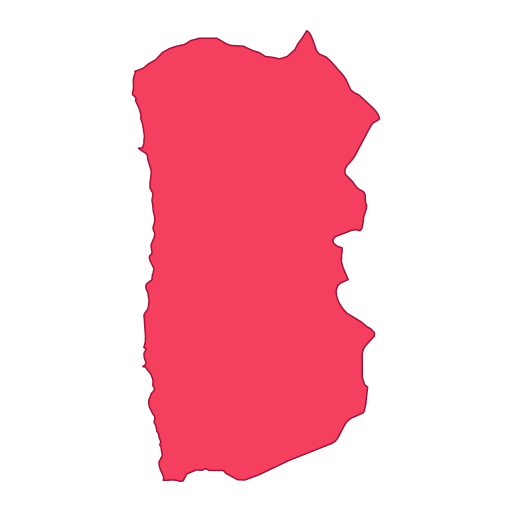 Tarapacá, Equal Earth projection
{"feature_id": "CHL-2693", "entity_name": "Tarapacá", "entity_type": "Region", "adm_level": 1, "iso_a3": "CHL", "parent_name": "Chile", "parent_adm1": "", "projection": "equal_earth", "projection_center": [-69.568, -20.2], "detail": "fine", "context": "isolated", "style": "filled", "palette": "rose", "viewbox_px": 512, "rotation_deg": 0, "n_neighbors": 0, "source": "natural_earth", "source_scale": "10m", "svg_char_len": 3367}
<svg xmlns="http://www.w3.org/2000/svg" viewBox="0 0 512 512"><path d="M306.9,30.7L309.0,32.5L310.6,34.9L313.1,40.6L316.3,50.1L317.8,52.6L319.6,54.2L326.0,57.0L330.3,60.8L342.9,75.0L345.9,79.3L350.6,89.7L354.3,92.8L359.1,95.1L373.4,108.4L376.2,111.7L378.5,115.3L379.5,118.7L378.4,119.9L373.0,123.0L371.1,125.4L368.2,130.7L362.1,142.2L354.8,156.1L352.5,159.4L346.9,165.7L345.1,169.3L344.8,172.6L345.8,174.9L352.2,181.2L356.4,187.0L358.7,189.1L362.8,191.3L364.1,192.5L365.1,194.9L365.3,196.2L365.4,201.5L366.0,204.0L366.5,205.1L366.7,206.2L366.3,208.8L363.6,217.2L363.4,220.7L362.3,226.8L361.6,228.7L360.4,230.5L359.2,230.7L357.8,230.2L355.9,229.7L351.8,230.3L335.3,236.6L333.0,239.7L333.4,243.1L337.5,246.4L341.9,247.7L342.3,249.5L341.6,254.6L341.4,261.6L343.0,267.6L348.2,279.6L340.6,283.0L337.6,286.0L336.1,290.7L336.6,296.2L338.5,301.7L341.3,306.6L344.3,310.5L347.2,313.4L360.9,321.7L367.1,326.8L370.6,328.7L374.5,332.8L374.4,336.0L365.2,346.1L363.2,349.8L362.2,353.9L362.3,377.2L364.5,384.6L367.6,387.1L365.7,404.6L364.1,411.5L363.4,412.5L362.5,413.2L351.3,418.1L349.0,419.8L346.4,422.3L344.7,424.8L337.9,437.9L335.2,441.2L332.4,443.2L288.8,460.5L258.9,474.8L244.9,480.0L237.5,479.7L225.8,473.3L224.4,471.5L223.2,470.5L208.8,470.4L207.2,469.3L205.9,468.9L204.8,469.1L203.1,469.8L202.0,470.2L200.9,470.3L196.5,469.8L186.8,474.0L183.1,480.9L181.5,481.3L179.9,481.3L177.2,480.5L173.2,479.9L163.8,480.4L163.4,480.3L163.7,477.7L162.7,474.4L160.5,470.1L159.2,465.5L159.0,461.9L159.9,460.4L160.6,458.7L161.8,456.6L162.4,454.8L161.4,450.6L161.2,447.3L160.0,445.7L159.9,444.1L160.4,443.1L160.8,441.8L160.4,440.5L159.6,438.8L158.8,436.4L158.8,434.1L156.8,431.2L156.6,429.2L155.7,425.1L155.1,424.2L154.5,423.4L154.1,422.3L154.1,421.3L154.5,420.3L154.8,419.7L155.1,419.8L154.5,416.0L152.8,413.8L149.5,407.3L148.6,402.7L149.0,399.5L149.8,397.8L151.4,393.4L154.1,390.5L154.5,388.4L152.6,384.9L153.2,382.2L152.6,378.7L151.7,376.3L150.9,374.3L149.0,371.7L146.9,369.3L145.5,367.0L143.1,366.7L142.9,366.3L145.1,365.0L146.0,362.7L144.2,357.5L144.0,353.3L145.8,349.8L145.8,348.6L145.1,348.3L144.8,348.1L144.5,347.7L143.9,347.4L145.3,342.1L145.5,336.3L144.2,317.9L143.9,315.4L144.8,313.2L147.8,308.9L148.5,306.1L149.1,301.0L148.4,296.3L148.0,293.0L146.1,288.7L145.7,286.4L146.4,284.2L149.4,281.5L151.9,279.9L152.4,274.7L153.1,273.4L153.9,268.5L149.9,260.2L149.3,258.0L149.6,255.9L150.4,255.1L151.3,254.5L152.0,252.6L151.9,251.4L151.2,247.2L151.1,245.3L151.9,242.7L154.3,237.0L154.8,233.5L154.5,232.4L153.3,229.8L153.0,228.0L153.3,226.2L154.5,222.3L154.8,220.5L154.6,216.6L153.3,211.4L152.8,205.4L152.0,200.7L152.1,198.8L152.9,195.4L152.9,193.4L150.0,187.9L150.0,182.9L151.3,173.2L151.0,170.0L147.8,159.4L147.4,155.8L146.6,153.8L143.2,151.6L139.3,149.1L138.7,148.2L142.5,147.9L143.3,145.0L144.1,143.0L143.9,140.0L144.5,136.7L143.4,128.7L142.5,123.5L140.9,119.2L140.9,114.5L138.9,107.7L135.5,100.7L135.8,99.6L136.2,98.7L135.0,96.9L133.3,95.2L132.6,94.7L132.5,93.0L133.3,89.7L133.5,87.9L133.3,80.7L133.7,77.2L135.4,72.6L134.9,71.3L135.0,71.2L142.8,68.5L148.7,63.7L155.8,59.7L162.3,52.6L169.4,48.6L176.5,46.2L184.2,44.6L190.7,40.6L199.6,38.2L209.7,38.2L216.8,38.2L220.9,40.6L226.3,43.8L230.4,45.4L243.4,46.2L251.7,50.2L259.4,52.6L265.3,56.5L272.4,57.3L279.6,58.9L287.3,56.5L295.0,49.4L297.9,43.8L302.1,38.2L306.8,30.7L306.9,30.7Z" fill="#f43f5e" stroke="#9f1239" stroke-width="1.5"/></svg>